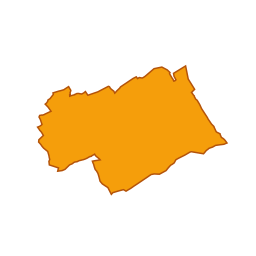 Chumayel, Yucatán, Mexico (Albers equal-area conic projection), rotated 50°
{"feature_id": "50627088B77720764307123", "entity_name": "Chumayel", "entity_type": "district", "adm_level": 2, "iso_a3": "MEX", "parent_name": "Mexico", "parent_adm1": "Yucatán", "projection": "albers", "projection_center": [-89.289, 20.471], "detail": "fine", "context": "isolated", "style": "filled", "palette": "amber", "viewbox_px": 256, "rotation_deg": 50, "n_neighbors": 0, "source": "geoboundaries", "source_scale": "gbopen_adm2", "svg_char_len": 2752}
<svg xmlns="http://www.w3.org/2000/svg" viewBox="0 0 256 256"><g transform="rotate(50 128 128)"><path d="M195.6,79.2L196.0,78.0L197.0,75.4L197.6,72.1L200.1,68.1L200.7,67.2L202.1,65.0L202.6,63.4L203.1,61.8L200.3,61.6L198.7,61.6L197.0,61.9L195.2,62.5L192.0,61.5L191.6,61.2L188.2,62.7L187.4,62.8L182.6,61.5L182.1,61.2L179.9,61.4L178.7,61.5L172.6,60.9L171.1,60.5L160.5,59.2L156.1,58.0L151.2,57.2L149.2,57.6L147.8,57.2L147.1,57.2L146.1,56.6L144.9,56.7L143.0,56.5L141.6,56.5L141.2,52.1L135.5,51.3L129.2,50.4L117.5,44.0L115.4,58.0L118.0,59.5L121.9,60.3L122.0,61.5L121.7,62.5L121.5,62.8L119.4,62.2L117.9,62.1L113.1,61.3L112.5,60.2L108.7,60.6L103.1,62.9L99.3,69.9L99.3,72.7L99.4,81.9L99.0,84.7L98.3,85.5L96.6,86.9L96.3,88.9L94.1,88.8L93.7,90.6L93.6,90.9L93.3,92.4L92.8,97.0L91.7,107.3L92.1,108.7L92.4,113.0L92.7,114.7L92.8,115.7L91.6,115.4L90.6,115.2L87.4,115.9L86.8,115.9L86.3,116.0L85.2,115.8L84.5,115.7L83.7,116.0L83.4,116.5L83.3,117.0L81.4,125.6L81.0,127.6L80.9,127.9L77.1,137.7L72.7,137.2L72.7,139.4L72.2,141.6L71.6,142.1L70.9,142.8L69.9,143.5L69.1,144.5L68.6,145.3L68.4,146.2L68.3,147.2L68.1,147.2L68.0,147.9L66.6,151.0L66.2,152.2L65.0,151.3L65.2,150.7L63.7,149.7L63.6,149.4L62.7,147.9L62.3,147.6L59.1,147.1L58.9,147.0L58.1,146.9L57.5,151.7L57.5,152.4L56.1,155.6L55.2,157.4L53.6,161.2L52.9,162.9L53.7,163.3L54.3,163.7L55.4,168.9L55.1,171.2L56.0,172.5L56.5,174.3L56.5,175.4L56.5,176.1L60.6,175.8L65.7,176.2L63.9,183.0L63.8,183.9L63.4,184.5L63.1,185.4L62.6,185.8L61.6,187.6L62.4,189.1L65.2,189.7L70.0,191.6L70.1,192.5L69.9,194.6L69.2,196.7L71.8,196.9L73.2,197.1L74.1,197.0L75.3,197.0L76.8,197.2L79.3,197.6L79.4,198.8L79.7,203.8L81.3,205.5L83.5,205.4L84.7,205.4L86.6,205.6L88.8,205.6L89.1,205.6L94.4,204.6L98.3,206.3L100.0,207.3L100.6,207.6L101.0,207.8L101.9,208.3L102.7,210.0L105.7,212.0L113.9,206.9L115.9,209.6L118.3,205.8L119.2,202.8L118.7,196.5L119.6,193.5L119.6,191.9L119.7,191.1L120.5,189.5L120.8,189.2L121.0,188.9L121.1,188.5L121.3,188.1L121.4,187.1L121.7,186.3L122.7,184.3L122.8,184.0L123.4,182.9L124.2,180.9L124.8,178.8L125.4,175.4L125.9,174.9L126.1,174.1L126.0,173.8L126.6,170.4L127.4,170.6L129.2,170.6L130.6,170.3L131.7,170.1L133.3,169.8L134.5,169.8L133.9,170.8L133.1,172.2L132.1,173.8L130.5,176.6L132.1,177.2L133.8,177.7L136.1,178.8L137.7,179.4L138.8,179.8L140.5,179.7L143.4,180.2L146.5,181.5L150.8,183.6L152.0,183.6L154.3,183.6L157.4,182.7L160.7,181.7L168.1,183.4L167.8,181.1L170.3,175.4L172.3,171.1L175.1,170.1L176.0,164.6L176.3,161.0L176.4,160.1L176.8,156.7L178.5,140.2L180.0,137.5L183.6,133.6L185.1,126.2L184.4,122.8L183.9,119.2L184.2,117.8L184.4,115.6L184.4,115.0L183.1,111.8L183.6,108.9L185.3,101.8L186.3,96.0L186.8,94.8L196.3,86.7L195.8,83.6L195.5,82.4L195.7,80.9L195.6,79.2Z" fill="#f59e0b" stroke="#b45309" stroke-width="1.5"/></g></svg>